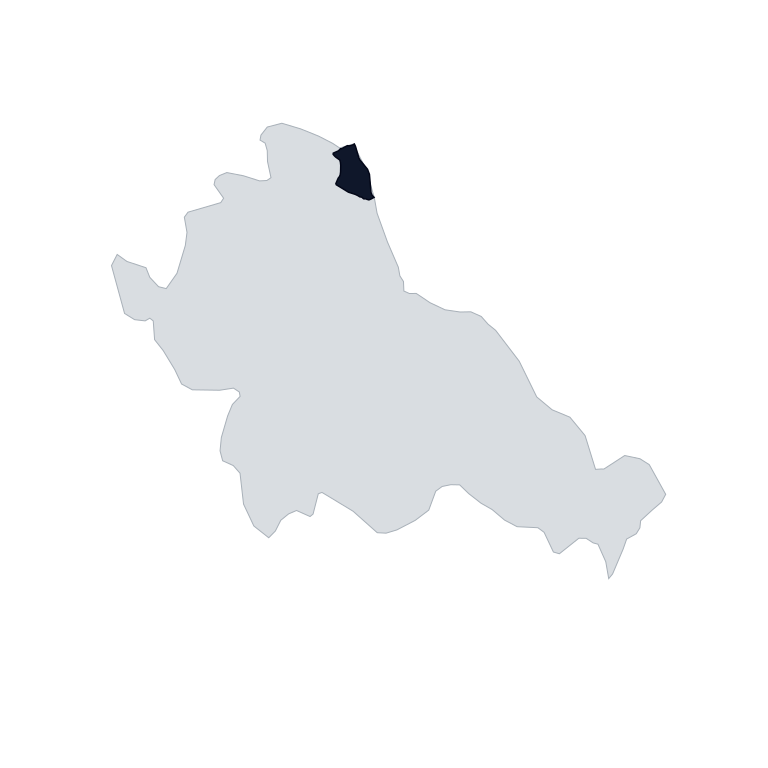 Kranjska Gora on a map of Slovenia (orthographic projection), rotated 60°
{"feature_id": "SVN-1014", "entity_name": "Kranjska Gora", "entity_type": "Municipality", "adm_level": 1, "iso_a3": "SVN", "parent_name": "Slovenia", "parent_adm1": "", "projection": "orthographic", "projection_center": [13.827, 46.45], "detail": "fine", "context": "in_parent", "style": "filled", "palette": "ink", "viewbox_px": 768, "rotation_deg": 60, "n_neighbors": 0, "source": "natural_earth", "source_scale": "10m", "svg_char_len": 2308}
<svg xmlns="http://www.w3.org/2000/svg" viewBox="0 0 768 768"><g transform="rotate(60 384 384)"><path d="M664.9,286.7L648.8,280.8L629.7,278.8L626.2,282.3L618.7,286.1L615.0,292.4L618.7,317.0L614.2,321.3L592.5,319.5L585.4,322.6L574.1,340.1L562.2,347.6L546.9,353.1L535.7,359.6L521.4,365.4L509.2,368.9L504.6,376.5L501.8,384.9L502.7,392.8L515.6,408.3L517.7,425.1L516.8,445.8L514.2,456.8L509.4,464.2L478.7,474.4L446.9,491.9L446.2,495.8L461.2,510.5L461.8,514.3L449.8,523.0L448.8,531.6L450.4,541.5L457.0,551.6L459.5,560.7L441.9,567.7L417.8,565.7L389.3,553.3L379.3,555.3L369.8,562.1L359.9,559.4L349.0,551.6L333.5,535.4L325.9,525.5L322.8,514.8L318.6,513.3L312.3,516.4L307.2,529.5L293.2,552.9L282.8,559.3L266.9,558.0L244.7,558.5L230.9,560.5L214.0,552.3L209.9,553.9L209.9,559.3L203.6,567.8L193.2,573.4L145.2,560.8L138.4,550.3L149.3,545.4L164.3,532.0L174.5,533.5L187.0,530.6L192.5,524.9L184.6,507.9L164.7,486.8L154.2,478.8L139.7,473.5L137.2,467.8L145.3,434.7L142.9,430.0L126.4,431.5L122.5,428.0L121.2,422.3L122.3,414.4L133.5,401.5L145.9,390.2L149.2,383.7L148.8,378.7L133.0,373.6L123.5,368.4L116.0,366.5L110.8,369.4L106.9,366.1L103.1,356.6L107.1,342.1L121.3,328.7L136.5,316.8L149.8,308.2L157.4,304.4L161.1,289.5L168.9,291.1L184.6,291.9L202.0,295.3L218.3,299.4L232.6,304.6L262.7,310.0L290.0,313.2L298.3,316.2L305.0,315.9L313.4,320.3L318.3,316.8L321.7,310.8L336.6,303.5L350.2,294.1L359.7,282.1L364.9,272.7L374.2,266.0L384.2,264.0L393.3,260.5L431.9,255.5L471.6,258.2L490.4,251.3L505.7,239.6L528.3,235.8L529.5,235.7L563.7,243.5L566.2,238.4L567.6,236.1L566.3,211.3L576.7,199.7L586.5,194.6L620.4,195.2L625.0,202.6L627.2,214.4L630.7,230.1L636.5,234.3L639.8,240.4L639.6,251.4L646.5,259.4L662.8,281.0L664.9,286.7Z" fill="#d9dde1" stroke="#a8b0b8" stroke-width="1"/><path d="M158.5,304.1L159.0,303.2L159.3,296.5L160.3,295.2L160.9,293.5L161.3,291.7L161.3,289.7L164.0,289.9L175.8,292.8L178.2,292.8L189.8,290.9L195.2,291.8L211.6,299.5L214.6,299.9L217.4,299.3L217.3,302.8L217.0,305.0L215.6,306.4L214.7,307.0L213.4,309.1L211.1,309.8L209.8,311.4L207.7,312.5L205.4,314.1L200.1,318.9L187.6,325.7L186.4,325.5L183.3,321.4L182.7,320.5L182.1,318.9L181.0,317.4L178.7,315.6L173.1,312.2L170.2,310.9L167.9,310.3L163.3,312.4L161.5,312.9L159.6,313.2L158.7,312.5L159.3,306.8L158.5,304.1Z" fill="#0f172a" stroke="#020617" stroke-width="1.5"/></g></svg>